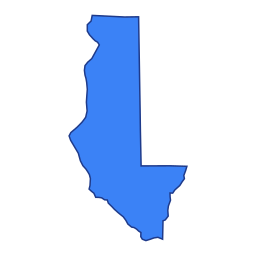 outline of Jataizinho, Paraná, Brazil
{"feature_id": "56859067B55584506213849", "entity_name": "Jataizinho", "entity_type": "district", "adm_level": 2, "iso_a3": "BRA", "parent_name": "Brazil", "parent_adm1": "Paraná", "projection": "equal_earth", "projection_center": [-50.925, -23.248], "detail": "fine", "context": "isolated", "style": "filled", "palette": "blue", "viewbox_px": 256, "rotation_deg": 0, "n_neighbors": 0, "source": "geoboundaries", "source_scale": "gbopen_adm2", "svg_char_len": 1150}
<svg xmlns="http://www.w3.org/2000/svg" viewBox="0 0 256 256"><path d="M186.9,166.3L170.0,165.8L145.1,165.9L141.1,165.9L140.4,130.5L140.1,109.6L139.8,91.8L138.6,16.8L124.6,17.0L92.2,15.4L91.1,21.0L87.3,24.7L87.3,31.1L89.4,34.7L93.0,38.7L95.2,40.8L97.6,42.2L99.3,44.9L91.8,58.6L87.7,62.2L85.0,65.6L84.4,70.3L85.0,75.0L86.0,78.5L86.7,82.6L87.3,89.4L86.8,96.1L86.4,102.2L87.1,111.0L85.7,117.2L83.7,120.0L82.0,122.2L79.0,125.3L77.0,127.3L70.8,132.6L69.1,135.9L70.7,140.4L78.3,153.2L80.4,160.8L82.9,165.7L85.9,169.0L87.7,171.7L89.4,174.6L90.4,178.6L90.0,185.5L89.1,189.1L91.5,191.3L93.9,193.2L95.7,197.3L98.8,197.4L101.6,197.8L104.6,199.8L107.3,200.0L108.3,203.1L111.9,206.6L114.4,209.3L118.1,212.6L120.4,214.5L123.3,216.8L125.9,220.4L127.9,224.1L131.6,227.1L134.0,227.5L136.6,229.1L138.7,231.1L140.9,232.5L140.8,236.7L142.3,239.2L145.9,240.6L150.4,239.2L154.0,237.9L157.9,237.3L162.6,239.2L163.0,220.8L165.3,219.9L168.2,216.1L167.8,210.4L168.4,206.0L170.5,200.2L170.1,196.9L170.0,193.0L172.7,193.1L174.8,190.0L177.0,188.0L179.8,185.5L182.2,181.7L184.4,178.7L183.8,175.5L185.6,170.7L186.9,166.3Z" fill="#3b82f6" stroke="#1e3a8a" stroke-width="1.5"/></svg>